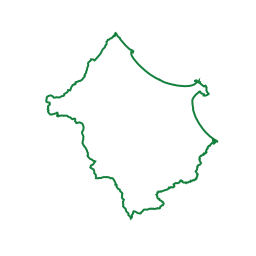 the district of Bang Saphan, Prachuap Khiri Khan, Thailand, rotated 295°
{"feature_id": "78962969B53971782347722", "entity_name": "Bang Saphan", "entity_type": "district", "adm_level": 2, "iso_a3": "THA", "parent_name": "Thailand", "parent_adm1": "Prachuap Khiri Khan", "projection": "albers", "projection_center": [99.443, 11.301], "detail": "fine", "context": "isolated", "style": "outline", "palette": "green", "viewbox_px": 256, "rotation_deg": 295, "n_neighbors": 0, "source": "geoboundaries", "source_scale": "gbopen_adm2", "svg_char_len": 5856}
<svg xmlns="http://www.w3.org/2000/svg" viewBox="0 0 256 256"><g transform="rotate(295 128 128)"><path d="M208.8,76.6L207.2,76.4L206.9,77.3L206.2,77.3L205.6,76.9L205.4,76.2L204.7,76.1L204.4,75.6L203.5,75.7L202.6,75.2L201.5,74.1L200.0,73.4L199.3,72.4L197.7,72.4L197.1,72.1L195.1,73.1L194.3,73.1L193.2,72.6L191.6,73.0L188.5,71.8L184.3,71.7L182.6,71.4L176.4,69.6L175.1,69.1L175.1,68.7L175.4,68.4L175.5,68.1L174.7,65.5L174.1,65.7L173.0,65.5L170.6,64.4L169.8,64.4L168.2,65.4L167.5,65.6L165.5,65.6L162.9,66.3L161.7,66.2L160.4,66.7L158.5,66.3L157.2,66.4L157.0,66.9L156.5,66.8L156.2,67.0L153.9,66.2L153.0,66.2L150.8,65.1L150.6,64.6L149.4,63.5L149.4,63.2L148.6,62.6L147.3,61.2L146.0,61.9L145.1,61.4L145.3,61.0L143.6,59.8L141.1,59.4L137.7,59.7L137.1,57.7L135.9,58.0L134.3,57.6L131.8,55.8L130.7,56.3L130.1,56.2L128.6,54.3L126.9,53.2L126.4,52.4L125.7,50.2L124.2,48.3L124.2,47.9L124.9,46.2L125.0,45.3L124.8,44.1L124.1,43.1L122.7,41.9L121.4,41.4L120.5,41.9L118.4,42.3L117.5,42.8L117.2,43.3L117.8,46.2L117.1,46.5L116.8,47.1L116.0,47.2L113.9,46.3L113.1,46.6L112.3,47.4L111.0,47.3L110.5,48.5L110.3,48.7L109.2,48.5L108.4,49.4L107.4,51.7L107.5,52.4L108.0,53.2L110.9,56.6L112.0,57.3L111.8,57.8L111.1,58.0L110.7,58.7L109.2,58.5L108.9,58.8L109.0,59.9L109.9,60.5L111.0,62.0L111.8,63.8L111.8,64.5L112.3,65.0L113.3,67.3L113.3,68.1L112.9,69.2L113.2,71.5L112.7,72.5L112.5,73.9L113.8,75.2L113.9,76.1L113.4,76.6L111.7,77.2L111.3,78.4L110.8,78.7L110.7,79.1L112.7,81.9L112.7,84.5L111.7,86.0L110.5,86.9L110.1,87.4L107.2,88.3L105.0,88.0L103.2,89.2L101.5,91.3L100.3,91.5L98.9,92.3L98.1,92.3L95.0,93.1L94.6,93.8L93.5,95.0L93.3,95.8L92.7,96.3L92.4,97.5L90.2,100.4L89.2,101.0L88.8,101.9L86.4,103.2L85.8,103.0L84.9,104.3L84.0,106.6L84.1,108.9L83.6,110.0L83.9,112.4L80.1,111.7L78.5,110.3L76.4,110.5L76.1,110.9L76.2,112.0L75.8,113.1L76.0,114.2L74.5,115.7L72.7,116.6L71.9,118.7L70.6,119.2L69.8,120.1L69.0,120.2L69.7,122.0L70.7,123.2L71.3,124.7L72.9,126.2L73.8,127.8L74.0,128.8L74.8,129.6L74.9,130.8L75.3,131.8L75.0,133.2L75.6,134.2L75.9,135.2L75.6,136.1L74.7,137.6L72.5,140.3L72.0,140.5L71.3,140.5L71.5,141.9L70.0,142.4L68.7,144.7L68.7,146.5L68.2,146.8L67.2,148.0L67.0,149.2L66.5,150.4L65.9,150.8L65.1,150.7L63.8,151.5L62.7,151.7L61.7,152.8L61.6,153.6L61.3,154.0L61.3,154.5L59.8,154.7L59.0,154.5L57.5,155.4L56.9,156.0L55.0,156.6L54.6,157.4L53.6,160.2L53.0,160.4L51.5,162.0L50.9,164.3L50.5,164.7L49.4,165.0L49.0,165.8L49.0,166.5L48.8,166.9L48.2,167.9L47.2,168.8L48.8,169.3L50.8,168.3L52.5,168.7L54.3,168.2L54.9,168.3L55.3,170.1L55.0,172.8L55.7,175.3L56.3,175.7L57.5,175.7L58.7,176.4L60.6,176.8L61.4,178.0L62.2,180.1L64.2,181.9L64.2,182.7L65.1,183.7L65.1,184.5L65.7,185.2L65.8,186.5L66.9,187.5L67.3,188.5L67.9,188.7L68.2,190.2L68.8,190.8L70.4,190.5L71.3,191.2L72.0,191.2L72.9,192.3L74.5,192.3L75.6,191.1L75.5,190.1L76.1,189.2L76.0,187.2L76.3,186.7L77.0,186.4L77.0,186.0L76.7,185.7L76.8,184.6L77.2,184.1L78.8,183.2L79.0,182.6L79.6,182.3L79.7,182.0L80.0,182.2L80.8,182.3L81.9,181.9L82.1,182.4L83.2,182.4L83.2,183.1L84.4,184.3L84.2,184.9L85.6,186.0L89.3,190.0L91.0,190.3L90.7,190.6L90.9,191.0L92.7,192.0L93.0,193.7L93.4,193.8L94.4,194.7L95.3,194.4L96.0,193.2L96.3,193.2L97.2,193.6L98.5,194.8L98.7,196.0L100.2,197.5L100.8,197.5L101.3,197.8L102.6,197.7L102.8,198.0L102.6,198.3L102.9,198.6L102.7,198.9L102.8,199.5L102.4,199.6L102.3,200.3L102.0,200.9L102.2,201.9L102.8,202.8L102.7,203.2L103.0,203.5L102.8,203.9L103.3,204.0L103.7,204.5L103.7,205.2L105.4,206.3L105.5,207.2L106.5,207.6L106.8,207.4L107.0,208.3L108.4,209.2L108.7,209.6L108.7,210.2L109.6,210.4L109.8,210.9L110.2,210.8L110.5,211.0L110.8,210.9L111.0,211.4L112.1,211.3L112.8,211.0L113.9,211.1L114.5,210.6L115.0,210.8L115.4,210.8L115.4,210.3L116.2,209.4L117.2,207.7L117.5,207.7L118.4,207.9L118.7,208.1L119.3,208.1L121.3,207.5L121.7,207.6L122.3,207.0L123.3,207.4L124.1,207.4L125.0,208.6L126.1,208.9L127.2,208.9L127.5,208.7L127.9,207.7L128.8,206.7L129.4,206.5L129.6,206.1L130.4,206.2L130.9,205.4L131.6,205.2L133.6,205.7L133.7,206.1L133.9,206.1L134.0,206.2L134.6,206.7L135.7,207.9L135.9,207.9L136.0,207.6L136.2,207.8L136.4,207.4L136.8,207.4L136.8,207.6L137.4,208.1L137.4,208.4L137.7,208.4L138.2,209.1L138.9,208.8L139.2,209.1L139.4,208.8L139.7,209.0L140.4,208.4L141.0,208.3L142.7,208.8L142.9,208.6L143.2,208.8L143.8,208.4L144.4,208.4L144.7,208.7L145.6,209.0L145.8,208.8L146.4,209.2L146.7,209.9L148.0,209.8L149.5,210.5L150.1,210.6L150.3,211.2L150.1,212.4L151.2,212.7L151.5,213.0L151.9,212.8L151.9,212.4L151.2,212.4L151.1,211.5L152.3,211.2L152.4,210.9L152.1,210.7L152.4,210.3L153.4,209.9L153.7,211.4L153.0,212.4L153.4,213.3L153.2,214.5L153.5,214.6L153.8,214.1L154.2,210.1L155.1,205.6L157.2,199.6L158.9,196.0L162.1,190.5L166.2,184.9L171.2,180.0L172.6,178.9L173.0,179.0L173.3,178.8L176.8,176.4L180.3,174.6L181.7,174.4L183.1,174.5L186.6,175.3L191.3,177.4L191.4,177.9L191.0,177.9L190.7,178.1L190.8,178.7L190.3,180.1L190.6,181.1L190.6,182.7L190.2,183.0L189.5,182.9L189.6,183.3L189.3,183.1L190.4,184.9L191.7,186.0L193.0,186.7L194.2,184.2L194.5,184.1L195.4,183.0L198.0,182.1L198.5,180.9L199.1,180.6L199.1,180.3L198.5,179.9L198.4,179.6L198.2,179.8L197.9,179.6L197.8,179.1L198.9,174.7L199.2,174.2L199.7,174.0L199.4,173.7L199.5,173.0L199.1,172.9L199.1,172.6L199.5,172.1L200.0,172.5L200.6,172.3L199.7,172.1L199.8,171.2L199.7,171.7L199.2,171.8L198.9,171.6L198.5,170.6L197.7,170.7L196.1,170.0L194.4,168.7L192.9,167.0L191.6,165.0L189.8,161.6L187.4,155.0L185.9,148.7L185.0,143.5L184.8,139.8L185.1,137.0L184.7,137.3L184.9,137.1L185.1,131.7L185.8,125.7L187.0,120.3L189.1,113.2L190.4,109.7L193.1,104.0L195.0,101.0L196.3,99.8L198.0,98.9L198.1,99.5L198.6,100.1L198.6,100.5L199.8,100.3L200.2,98.3L200.0,96.4L201.8,90.9L205.1,83.6L205.8,82.7L206.2,82.5L206.5,80.7L207.6,78.6L208.6,77.5L208.8,76.6ZM199.1,168.8L198.9,168.9L199.0,169.2L198.7,169.2L199.1,169.4L199.7,170.6L200.1,170.0L199.9,169.5L199.5,169.4L199.1,168.8Z" fill="none" stroke="#15803d" stroke-width="2"/></g></svg>